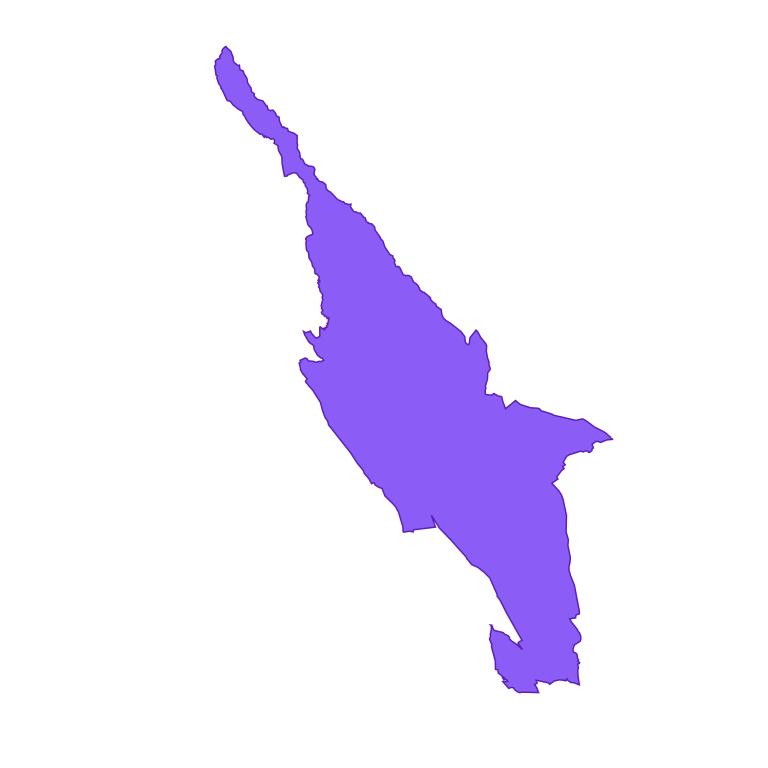 outline of Xiutetelco, Puebla, Mexico, rotated 315°
{"feature_id": "50627088B11716767923603", "entity_name": "Xiutetelco", "entity_type": "district", "adm_level": 2, "iso_a3": "MEX", "parent_name": "Mexico", "parent_adm1": "Puebla", "projection": "equal_earth", "projection_center": [-97.339, 19.746], "detail": "fine", "context": "isolated", "style": "filled", "palette": "violet", "viewbox_px": 768, "rotation_deg": 315, "n_neighbors": 0, "source": "geoboundaries", "source_scale": "gbopen_adm2", "svg_char_len": 6124}
<svg xmlns="http://www.w3.org/2000/svg" viewBox="0 0 768 768"><g transform="rotate(315 384 384)"><path d="M319.2,521.6L324.6,510.4L321.3,525.4L321.0,541.5L319.7,564.8L319.1,566.0L318.3,573.7L320.7,579.9L321.7,588.0L321.7,595.9L315.2,612.8L314.0,613.9L313.2,618.9L308.7,632.8L300.3,662.9L297.3,661.8L295.4,662.0L294.1,669.9L293.5,661.0L292.5,655.9L292.6,653.0L293.7,651.3L293.7,649.5L292.4,646.4L292.4,643.9L287.9,636.5L287.7,635.2L289.7,630.6L288.9,629.8L289.0,630.7L285.9,633.8L281.7,636.5L281.1,637.7L278.3,638.9L275.8,644.6L274.2,645.8L266.8,658.6L261.0,664.6L262.4,666.6L260.4,669.2L261.3,676.5L260.2,675.5L259.6,678.0L260.8,678.2L261.6,680.1L261.2,681.8L257.6,678.4L257.0,687.4L259.7,688.7L260.8,690.6L260.2,692.7L260.7,696.0L261.7,698.2L263.8,699.6L275.1,711.5L277.3,706.7L278.0,703.0L280.7,703.9L282.1,701.0L289.0,711.8L288.7,713.5L294.4,714.4L298.7,717.1L302.3,721.4L302.1,721.8L303.4,722.6L304.8,721.9L304.5,723.8L305.1,727.3L306.9,729.3L309.4,734.9L314.9,727.4L318.7,723.4L320.9,722.1L322.6,719.3L323.8,719.1L324.3,719.8L325.3,719.4L325.1,716.9L326.6,716.6L326.7,715.1L329.3,711.6L329.4,710.2L328.4,707.1L329.9,705.3L334.0,703.1L340.8,704.6L342.8,703.6L345.0,701.1L346.3,698.1L346.3,696.0L347.1,694.4L348.2,685.1L349.3,681.3L354.1,684.9L355.9,683.4L357.1,683.3L359.5,684.7L361.5,682.7L376.2,661.1L380.6,651.0L383.2,646.5L385.5,644.0L389.7,641.4L393.1,638.4L399.9,628.2L404.2,624.5L408.2,617.3L420.1,606.0L429.1,592.1L431.1,587.7L432.1,583.1L432.5,572.8L439.8,574.2L440.3,571.9L447.6,570.8L451.6,571.1L452.0,568.7L455.1,569.3L455.4,566.0L462.0,564.3L464.9,565.0L475.5,570.5L476.9,573.0L478.9,573.5L480.5,575.4L480.4,577.2L481.4,577.8L483.9,578.1L485.5,577.0L486.9,577.2L488.4,573.8L493.0,574.4L494.6,575.8L495.9,578.5L501.9,581.0L506.9,585.1L506.2,583.6L506.1,581.9L506.5,581.7L506.0,574.5L502.3,562.8L501.0,553.3L499.9,549.2L494.0,545.4L481.7,525.8L481.7,524.6L477.1,515.6L476.2,515.0L476.4,511.5L475.7,510.0L470.7,504.3L466.2,495.4L465.6,493.1L465.4,488.7L452.5,487.4L455.5,480.6L458.3,476.1L456.4,473.5L454.9,468.3L452.3,468.1L449.2,464.4L448.6,462.7L450.9,460.2L453.1,459.0L454.1,457.3L460.6,453.7L465.3,449.4L469.3,448.8L470.4,447.7L471.5,445.0L473.8,442.7L475.6,438.8L479.6,433.1L483.6,429.6L484.5,427.2L485.3,419.5L487.2,413.4L487.2,411.0L477.4,412.1L472.7,415.8L471.7,415.9L470.9,414.4L471.2,411.7L474.6,407.6L475.5,401.5L473.9,387.9L472.7,383.1L472.6,379.4L473.9,376.0L477.1,371.7L476.0,366.3L477.1,364.1L476.5,360.4L476.7,356.6L477.7,356.2L477.8,354.9L477.1,347.4L476.1,346.5L476.3,344.8L475.6,343.1L476.6,341.9L477.5,338.7L477.7,336.2L477.0,332.9L479.0,327.5L478.2,324.6L476.0,322.6L474.8,320.4L477.3,313.5L477.5,311.2L475.5,309.6L477.2,305.3L478.7,304.8L479.5,303.4L479.5,301.1L480.8,299.7L479.7,296.5L481.5,287.7L484.3,282.1L484.4,278.6L485.1,277.7L486.5,269.0L488.2,266.7L488.5,265.0L488.6,262.3L486.9,259.8L487.2,258.9L486.6,258.5L486.5,256.6L488.2,253.1L487.6,251.8L488.2,246.5L486.4,244.6L486.0,242.5L484.9,241.8L484.6,240.2L485.6,235.0L487.8,233.5L485.5,231.7L485.3,230.5L484.0,229.0L484.3,226.6L482.8,224.6L482.7,223.3L481.6,221.0L481.9,210.5L481.1,207.9L481.3,204.8L483.6,202.2L483.8,200.6L483.3,197.4L482.4,196.7L481.4,193.8L482.1,191.9L481.4,191.6L482.3,189.4L482.4,187.1L484.3,184.9L486.9,183.4L487.7,181.0L486.9,179.0L485.0,176.9L483.6,172.6L485.3,167.4L484.5,166.0L484.7,165.0L488.1,160.5L489.2,155.9L492.0,153.8L493.1,151.9L498.3,147.0L497.6,142.9L495.0,137.5L496.3,135.6L496.2,134.5L495.4,133.9L494.9,131.3L494.1,131.5L493.6,130.4L496.0,124.2L498.5,121.1L497.5,118.2L498.8,115.9L499.2,111.9L497.1,110.4L496.0,108.1L497.9,104.9L497.6,103.6L498.5,98.1L495.9,93.7L495.6,89.8L496.2,88.1L497.5,87.2L497.0,83.8L499.3,80.6L500.4,74.9L503.4,70.5L504.4,65.8L505.8,63.1L504.4,59.9L507.2,56.3L506.0,55.8L505.4,51.0L505.8,49.3L508.6,45.8L510.9,40.3L510.6,34.6L511.0,33.8L510.3,33.3L507.3,33.1L505.2,33.7L504.0,35.2L499.5,36.1L498.1,37.8L496.1,36.5L493.1,36.4L490.8,39.2L489.1,39.5L483.6,46.9L484.1,48.2L482.3,49.3L479.7,54.3L479.0,58.0L477.7,59.9L477.9,60.4L476.8,63.9L473.7,72.1L473.8,73.3L475.2,75.2L474.6,80.1L475.3,86.6L476.7,91.3L474.9,94.0L474.9,96.5L474.1,97.7L472.7,104.3L472.1,111.9L472.9,119.6L474.4,121.0L473.7,124.9L474.5,124.8L474.7,124.1L475.4,124.9L475.1,126.6L476.6,127.6L477.2,131.0L478.9,132.1L479.2,133.7L478.9,134.6L476.5,136.0L477.6,140.1L474.5,144.4L472.5,151.0L467.5,156.5L460.5,166.8L462.4,168.4L463.3,168.1L469.2,170.4L471.2,173.1L470.4,178.2L471.0,182.8L469.8,184.1L469.6,185.0L470.3,185.8L468.5,188.2L467.9,191.5L466.2,194.0L464.7,194.7L464.8,198.2L463.5,198.1L459.0,201.7L458.2,201.2L455.8,202.1L452.1,206.4L450.9,206.7L448.4,210.1L447.2,210.2L443.6,216.3L442.6,218.5L442.7,221.7L441.7,224.8L439.7,227.7L434.2,225.6L431.8,225.7L431.0,226.2L430.5,227.8L428.9,228.7L424.5,233.6L423.7,235.3L423.8,237.4L420.2,241.7L418.9,246.9L416.9,250.0L416.3,253.5L413.4,257.1L413.5,257.9L414.3,258.3L413.9,262.8L410.6,264.1L410.9,264.9L411.6,264.8L411.6,265.9L410.5,266.3L410.2,265.6L408.7,265.5L407.9,268.7L406.3,269.1L406.3,270.3L404.5,273.1L404.1,276.1L403.2,278.3L401.4,279.0L400.6,280.8L394.7,284.4L394.3,285.8L393.2,286.4L393.0,288.6L390.4,289.1L389.7,291.0L390.4,292.3L389.9,293.6L390.2,294.8L391.1,295.4L390.1,297.5L391.8,298.2L387.5,301.3L386.5,300.9L386.0,302.5L384.2,302.3L383.7,303.5L381.7,302.5L380.8,303.7L380.1,303.5L380.3,301.6L379.5,301.4L379.4,298.7L378.7,298.4L372.5,304.7L371.3,304.7L368.6,303.6L368.3,302.4L368.6,296.8L369.5,294.6L364.9,292.4L364.3,290.0L362.7,293.2L360.5,301.5L361.4,306.9L359.1,310.2L357.3,316.6L357.8,321.0L358.6,322.1L358.1,324.6L355.2,323.5L354.4,322.3L351.0,320.3L350.1,318.1L346.9,314.2L347.4,312.0L346.7,309.9L341.3,307.9L340.6,309.6L338.7,309.3L336.0,314.0L335.1,314.6L333.8,319.1L333.3,326.0L330.6,326.5L329.8,327.9L330.1,329.4L329.6,331.1L329.2,338.3L326.0,352.2L321.8,359.2L318.7,366.0L317.9,370.5L315.9,373.6L311.8,408.7L309.1,421.3L308.2,430.7L306.8,433.3L306.4,440.2L304.7,445.8L306.5,446.3L307.2,447.4L306.3,449.0L307.1,452.7L308.7,456.6L305.5,463.9L305.6,476.3L305.2,479.8L303.5,485.2L296.3,498.5L293.3,501.6L293.1,502.6L298.0,506.2L300.0,509.2L301.7,507.9L319.2,521.6Z" fill="#8b5cf6" stroke="#5b21b6" stroke-width="1.5"/></g></svg>